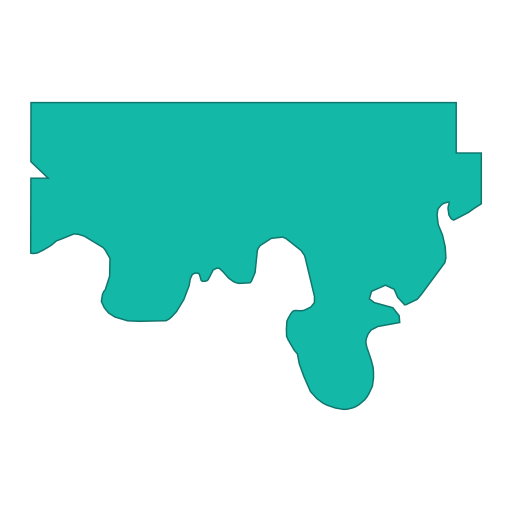 outline of Love, Oklahoma, United States of America
{"feature_id": "52423323B82795635342125", "entity_name": "Love", "entity_type": "district", "adm_level": 2, "iso_a3": "USA", "parent_name": "United States of America", "parent_adm1": "Oklahoma", "projection": "mercator", "projection_center": [-97.211, 33.894], "detail": "fine", "context": "isolated", "style": "filled", "palette": "teal", "viewbox_px": 512, "rotation_deg": 0, "n_neighbors": 0, "source": "geoboundaries", "source_scale": "gbopen_adm2", "svg_char_len": 1916}
<svg xmlns="http://www.w3.org/2000/svg" viewBox="0 0 512 512"><path d="M456.2,102.6L31.0,102.6L30.9,161.7L48.2,178.2L30.9,178.2L30.7,253.1L32.8,253.5L35.2,253.3L37.7,252.8L43.6,249.9L51.2,245.3L56.5,240.8L60.9,239.2L74.0,233.9L78.4,234.3L84.4,236.2L86.2,237.3L103.2,247.6L104.9,249.6L110.0,258.4L109.6,276.2L105.2,289.9L103.8,291.4L102.4,294.7L101.4,301.4L104.2,307.6L108.5,312.9L114.9,317.0L127.6,320.8L139.2,321.3L166.1,320.7L169.1,319.0L171.5,317.0L176.5,311.6L183.8,299.6L189.2,285.4L190.2,279.0L192.3,274.5L194.9,273.1L197.6,273.1L198.8,273.6L199.5,274.7L201.2,280.4L202.5,281.3L205.5,281.2L207.1,280.6L208.2,279.6L213.2,269.9L216.8,268.2L219.1,268.2L222.7,271.4L228.7,278.2L233.6,281.7L236.3,282.8L239.1,283.4L249.8,282.8L250.5,282.4L251.5,281.0L255.1,272.5L257.3,250.7L258.2,248.3L260.2,245.5L271.4,238.3L282.7,237.1L286.1,238.6L301.0,250.4L304.3,255.1L305.2,257.7L314.5,296.6L314.4,302.6L310.9,307.0L303.9,310.4L300.4,310.8L295.1,310.5L293.5,310.9L292.3,311.8L290.7,313.9L288.0,318.7L286.9,321.2L286.4,329.1L286.6,336.3L288.2,339.9L294.3,350.3L297.4,353.9L299.3,363.8L303.6,375.8L310.5,391.6L317.0,398.7L322.8,403.0L326.9,405.1L335.4,408.0L343.7,409.4L347.3,409.2L352.9,407.8L356.0,406.5L359.2,404.5L364.5,400.0L366.7,397.3L368.9,393.7L372.4,386.1L373.5,378.1L373.5,372.2L373.1,367.4L371.2,360.0L366.8,347.1L365.9,342.7L366.2,338.9L368.1,334.0L371.1,330.0L377.8,326.5L385.5,325.1L399.7,322.5L399.2,315.8L392.8,307.7L374.3,302.6L369.3,298.8L371.6,291.3L385.4,285.2L394.2,289.3L397.7,297.3L404.7,304.9L406.4,304.5L417.2,299.3L421.5,294.2L444.8,262.7L445.9,257.8L445.2,246.8L442.5,235.0L438.7,225.9L438.0,223.2L437.1,214.8L437.7,210.0L438.5,208.3L441.0,205.3L443.1,203.6L447.8,202.1L449.2,202.3L449.2,203.2L448.3,206.1L448.0,208.4L448.9,214.9L451.0,218.5L453.2,220.0L454.1,219.9L468.7,212.3L474.2,208.3L481.3,203.8L481.3,153.0L456.2,153.0L456.2,102.6Z" fill="#14b8a6" stroke="#0f766e" stroke-width="1.5"/></svg>